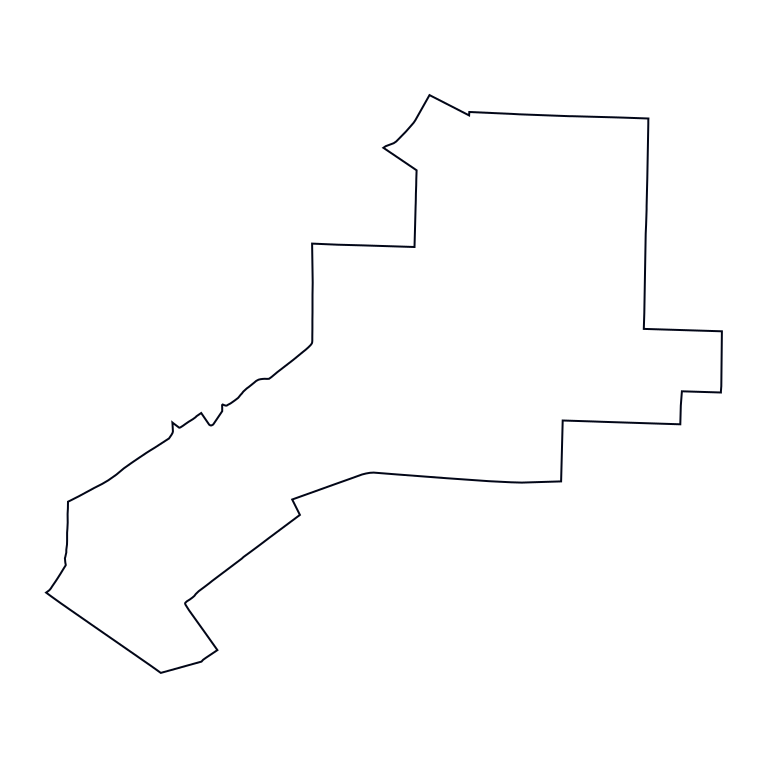 Luica, Calarasi, Romania (Mercator projection)
{"feature_id": "2599482B3478355061153", "entity_name": "Luica", "entity_type": "district", "adm_level": 2, "iso_a3": "ROU", "parent_name": "Romania", "parent_adm1": "Calarasi", "projection": "mercator", "projection_center": [26.612, 44.255], "detail": "fine", "context": "isolated", "style": "outline", "palette": "ink", "viewbox_px": 768, "rotation_deg": 0, "n_neighbors": 0, "source": "geoboundaries", "source_scale": "gbopen_adm2", "svg_char_len": 2894}
<svg xmlns="http://www.w3.org/2000/svg" viewBox="0 0 768 768"><path d="M561.1,481.4L562.7,420.5L594.1,421.5L602.1,421.8L651.7,423.4L680.3,424.3L680.8,405.7L681.9,391.3L701.3,391.9L720.9,392.5L720.9,391.5L721.2,387.5L721.2,387.3L721.2,387.2L721.3,386.5L721.3,386.4L721.9,331.3L643.8,328.9L644.3,313.2L645.7,233.8L646.1,224.8L646.6,209.3L646.6,206.2L647.0,189.7L647.3,178.0L648.0,140.3L648.3,123.8L648.3,120.5L648.4,118.5L645.4,118.4L622.7,117.6L612.5,117.3L572.1,116.2L569.5,116.2L519.0,114.3L512.0,113.9L469.3,112.0L469.1,115.4L447.1,104.1L429.5,95.1L415.3,120.3L413.6,122.8L406.0,131.5L396.2,141.5L393.7,143.2L385.7,146.2L383.4,147.8L388.7,151.4L416.6,170.3L416.3,179.1L416.2,185.2L415.9,193.7L415.8,200.3L415.7,203.9L415.6,206.4L415.1,225.4L414.5,247.0L363.3,245.4L337.7,244.7L312.1,243.6L312.7,282.7L312.5,295.2L312.5,312.3L312.4,320.5L312.4,328.7L312.3,336.9L312.3,340.7L312.2,342.0L312.1,342.6L311.8,343.5L310.6,345.1L308.3,347.4L305.6,349.8L302.7,352.1L293.2,359.9L277.5,372.0L271.4,377.1L269.0,378.8L266.2,378.9L265.3,378.8L264.7,378.8L262.9,378.9L260.5,379.2L259.3,379.5L258.5,379.7L257.4,380.3L256.6,380.7L256.1,381.0L254.1,382.7L248.5,387.2L247.5,387.9L246.7,388.5L243.3,391.6L241.8,393.6L241.0,394.4L240.3,395.2L239.2,396.6L238.2,397.8L238.0,398.0L234.7,400.5L231.3,402.9L230.4,403.5L228.3,404.6L227.6,405.0L226.9,405.5L226.6,405.6L225.7,405.6L224.3,405.2L223.2,404.7L222.7,404.5L222.2,404.9L222.1,405.4L222.2,407.6L222.2,411.2L216.6,419.5L213.2,424.5L211.6,425.4L210.4,425.4L209.2,424.7L201.2,413.0L196.4,416.3L195.6,417.2L193.0,419.1L189.6,421.2L188.9,421.6L185.4,424.0L183.2,425.6L180.9,427.1L179.9,427.6L179.3,427.7L179.2,427.7L176.3,425.5L173.5,423.4L172.4,422.5L172.6,425.0L172.6,425.5L172.9,431.0L172.9,431.6L172.5,433.0L172.0,433.9L171.5,434.8L168.9,438.6L168.3,438.9L154.4,447.9L150.3,450.4L146.2,453.0L139.2,457.7L133.6,461.5L130.7,463.5L123.8,468.4L116.4,474.6L108.3,480.3L102.2,483.9L94.3,487.9L81.0,495.1L78.6,496.4L76.4,497.5L70.5,500.5L68.0,501.7L67.9,508.4L67.6,514.0L67.7,522.6L67.4,528.7L67.1,532.7L67.1,541.0L67.0,544.5L66.3,549.8L66.3,552.5L65.7,555.1L65.3,557.0L64.9,558.2L65.0,558.9L65.2,561.5L65.4,563.1L65.7,564.4L65.7,565.3L63.8,568.3L60.4,573.9L58.8,576.4L57.8,578.0L55.5,581.5L52.2,586.3L50.8,588.5L49.7,589.8L49.0,590.5L46.1,592.6L46.5,592.9L51.4,596.5L58.5,601.6L61.0,603.4L65.2,606.3L69.3,609.2L90.3,623.8L150.6,665.6L160.8,672.9L201.5,661.6L203.1,659.8L205.9,657.8L217.4,650.1L205.0,632.6L189.1,610.4L185.5,604.7L185.1,603.6L185.3,602.8L186.9,601.3L189.8,599.5L192.4,597.6L194.4,595.9L195.7,594.1L198.7,591.2L204.5,586.9L209.6,583.0L211.7,581.3L212.2,580.9L241.8,558.6L243.5,557.0L251.3,551.3L259.1,545.5L268.7,538.2L299.9,514.9L292.2,499.5L334.9,484.2L350.1,478.8L362.0,474.5L366.0,473.5L370.0,472.8L373.7,472.6L396.4,474.4L446.4,478.2L489.1,481.2L511.3,482.3L521.8,482.6L541.4,482.0L561.1,481.4Z" fill="none" stroke="#020617" stroke-width="2"/></svg>